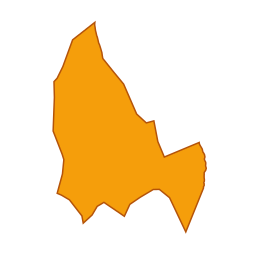 Bayan-Uul, Govi-Altay, Mongolia, rotated 86°
{"feature_id": "93677404B20408254425737", "entity_name": "Bayan-Uul", "entity_type": "district", "adm_level": 2, "iso_a3": "MNG", "parent_name": "Mongolia", "parent_adm1": "Govi-Altay", "projection": "natural_earth1", "projection_center": [95.187, 47.144], "detail": "medium", "context": "isolated", "style": "filled", "palette": "amber", "viewbox_px": 256, "rotation_deg": 86, "n_neighbors": 0, "source": "geoboundaries", "source_scale": "gbopen_adm2", "svg_char_len": 1774}
<svg xmlns="http://www.w3.org/2000/svg" viewBox="0 0 256 256"><g transform="rotate(86 128 128)"><path d="M193.2,56.9L192.7,56.9L192.1,56.8L191.9,56.8L191.6,56.7L191.4,56.5L191.0,56.2L190.8,56.1L190.5,56.0L189.9,56.0L189.5,56.0L189.3,55.9L189.0,55.9L188.9,55.9L188.3,56.2L188.0,56.2L187.8,56.2L187.5,56.1L186.7,55.7L186.4,55.6L186.2,55.5L185.6,55.5L184.7,55.4L184.1,55.4L183.6,55.5L182.2,55.5L181.4,55.4L180.6,55.4L180.3,55.3L180.1,55.2L179.2,55.3L178.9,55.2L178.0,55.1L177.8,55.1L177.3,54.8L175.7,53.5L175.5,53.4L174.8,53.2L174.2,52.9L173.9,52.8L173.7,52.8L173.4,52.8L173.2,52.8L172.4,53.0L171.3,53.2L170.9,53.2L169.0,52.9L168.4,52.9L167.8,52.9L167.6,52.9L167.3,53.0L166.9,53.2L166.0,53.6L165.5,53.8L165.1,53.9L164.9,53.9L164.3,53.9L164.0,53.9L163.9,53.9L163.3,53.6L163.0,53.5L162.6,53.4L162.1,53.3L161.8,53.3L161.4,53.4L160.1,53.5L159.3,53.8L158.3,54.3L158.0,54.4L157.5,54.8L157.2,54.9L157.0,55.0L156.2,55.1L155.4,55.3L155.2,55.3L154.7,55.3L154.0,55.5L152.7,56.1L152.3,56.3L151.4,56.8L150.7,57.1L149.8,57.6L149.6,57.6L149.4,57.7L149.1,57.7L149.0,57.8L148.7,58.0L148.4,58.0L147.8,58.0L147.6,58.0L147.4,58.0L159.5,93.8L143.6,99.2L122.7,101.7L124.2,109.4L114.7,118.4L83.9,129.3L75.1,135.6L70.9,138.6L56.9,148.3L54.1,148.6L51.0,148.8L47.3,149.6L44.7,150.2L42.4,150.8L41.8,151.1L41.3,151.3L38.7,151.7L35.7,152.2L34.4,152.5L34.1,152.7L30.2,153.3L28.7,153.6L26.0,153.8L25.3,153.8L23.6,154.0L22.1,154.0L20.3,153.7L36.2,177.1L62.2,188.7L73.4,195.2L76.6,198.6L92.4,199.3L125.8,202.9L149.6,195.5L155.1,194.2L169.3,196.6L188.2,203.2L190.3,199.1L195.6,191.4L212.5,180.1L219.8,179.3L212.3,169.9L204.0,164.2L200.5,157.2L215.8,137.8L204.3,131.5L197.9,120.6L191.1,107.1L191.4,101.0L195.8,96.3L200.4,91.4L235.7,77.6L193.2,56.9Z" fill="#f59e0b" stroke="#b45309" stroke-width="1.5"/></g></svg>